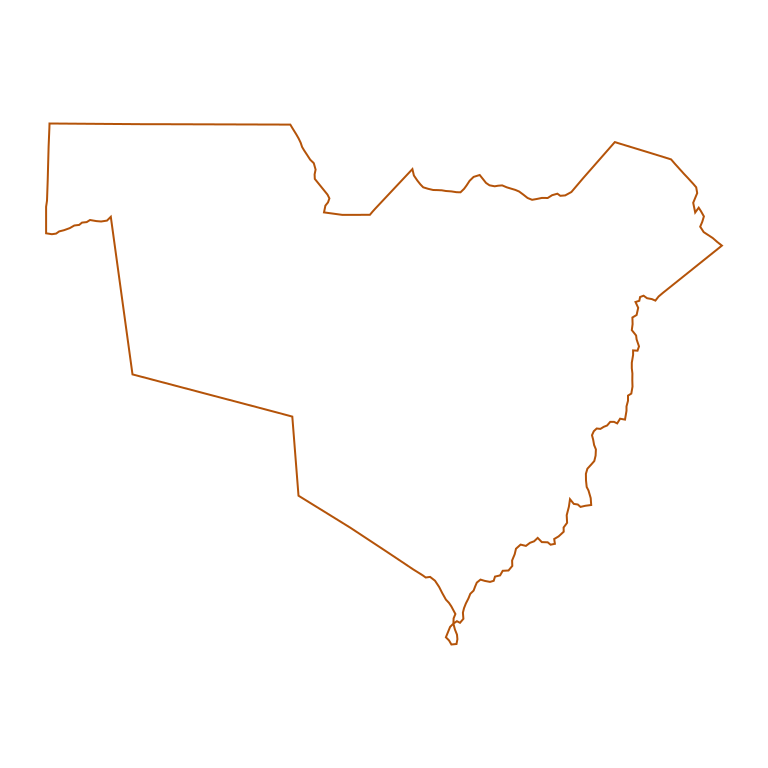 Marajá do Sena, Maranhão, Brazil
{"feature_id": "56859067B7170662735906", "entity_name": "Marajá do Sena", "entity_type": "district", "adm_level": 2, "iso_a3": "BRA", "parent_name": "Brazil", "parent_adm1": "Maranhão", "projection": "natural_earth1", "projection_center": [-45.553, -4.751], "detail": "fine", "context": "isolated", "style": "outline", "palette": "amber", "viewbox_px": 768, "rotation_deg": 0, "n_neighbors": 0, "source": "geoboundaries", "source_scale": "gbopen_adm2", "svg_char_len": 2966}
<svg xmlns="http://www.w3.org/2000/svg" viewBox="0 0 768 768"><path d="M453.4,623.6L456.9,621.2L460.0,622.8L463.4,618.8L462.9,612.7L464.0,608.2L465.9,603.4L468.4,598.5L470.3,593.8L473.6,590.6L475.1,586.6L476.8,582.6L480.5,579.6L484.8,580.9L490.0,581.9L493.7,580.8L495.0,576.6L500.1,575.4L502.7,570.8L508.5,570.5L512.3,565.9L512.1,560.5L514.7,554.2L516.0,548.7L520.6,544.6L525.9,545.9L530.0,542.8L534.1,541.3L537.7,537.9L541.8,542.1L547.7,542.3L550.6,544.7L554.9,543.8L554.2,539.0L558.6,536.4L563.7,531.7L563.6,527.5L567.1,522.8L566.7,515.2L568.9,506.7L570.0,499.2L573.8,503.9L577.8,504.5L580.5,506.9L585.2,505.8L591.2,505.0L590.7,498.1L588.5,490.5L586.7,487.0L586.0,480.4L585.9,473.8L587.4,468.7L591.7,464.0L594.3,461.0L595.6,455.6L595.9,449.4L594.1,445.0L593.2,439.9L592.0,435.2L593.8,431.2L596.7,428.5L600.4,428.9L603.8,426.8L607.1,425.5L610.2,421.9L614.1,421.9L617.2,423.4L620.1,418.7L625.0,419.6L626.5,410.8L626.5,406.4L628.0,400.8L628.0,395.6L631.3,393.6L632.5,386.6L632.3,380.2L632.4,373.5L631.8,368.2L631.8,362.7L633.1,354.9L633.1,350.4L637.5,350.7L639.0,346.4L636.6,339.4L636.1,335.5L631.8,330.1L632.6,324.1L632.4,317.5L636.6,315.0L638.2,307.8L635.5,302.0L639.3,300.8L640.1,297.0L643.6,295.7L647.0,298.2L651.9,299.1L655.4,300.6L658.6,296.5L663.1,292.7L721.9,245.6L717.4,242.1L712.7,238.0L703.7,232.1L700.2,226.7L702.3,221.7L703.9,216.4L700.9,211.1L698.7,207.7L695.2,212.5L693.2,202.8L695.7,196.7L697.2,193.1L696.2,187.3L693.2,183.8L690.8,181.2L687.9,178.0L684.0,173.9L674.9,163.8L671.1,159.4L649.2,152.6L620.0,143.7L614.8,142.1L583.2,178.1L571.4,192.0L565.2,195.4L560.3,195.8L557.4,193.7L552.1,195.2L547.7,198.0L542.0,197.9L536.7,199.0L532.1,199.8L527.6,198.0L523.3,194.6L519.1,191.5L515.3,189.9L510.3,188.4L506.7,187.3L502.2,185.4L498.2,185.7L494.7,186.3L489.5,185.3L486.0,182.9L483.0,179.1L479.7,175.0L473.6,176.9L469.6,180.8L466.6,185.4L464.1,188.8L460.5,192.3L456.5,192.2L451.4,191.4L445.9,191.0L441.8,190.3L437.5,190.1L433.2,190.0L428.1,188.8L423.2,187.3L420.4,184.4L417.3,180.5L413.9,175.5L412.4,169.1L375.2,208.7L372.5,211.7L369.9,214.8L342.5,214.9L324.0,212.4L325.4,205.6L328.0,202.4L329.4,198.4L327.5,194.6L314.8,178.9L314.6,174.4L315.6,169.6L313.8,163.2L310.2,159.7L306.7,154.3L304.0,150.2L302.1,147.0L300.7,142.8L298.7,138.6L296.3,134.4L292.7,128.6L290.3,124.6L160.1,124.2L144.4,124.2L49.5,123.5L49.4,127.6L48.6,146.8L47.7,180.4L47.0,200.7L46.1,206.8L46.1,233.3L51.9,234.2L56.1,233.6L59.2,231.4L64.0,230.2L69.8,228.1L74.3,225.5L79.2,224.9L82.0,222.6L86.7,222.1L90.0,220.0L96.4,221.1L101.1,221.5L107.0,220.6L110.8,216.8L132.5,374.4L276.3,412.3L292.3,416.6L298.5,495.7L350.3,527.7L385.5,550.9L412.9,569.2L422.8,575.4L425.7,577.5L430.1,576.9L435.0,580.7L439.1,586.9L442.2,593.0L445.9,599.6L449.0,602.9L451.4,606.5L453.2,609.9L455.4,614.0L453.6,618.4L453.4,623.6ZM456.5,644.0L457.4,639.2L457.0,634.7L454.9,629.4L453.4,623.6L450.1,626.9L447.5,633.3L445.9,637.3L449.0,640.4L451.4,644.5L456.5,644.0Z" fill="none" stroke="#b45309" stroke-width="2"/></svg>